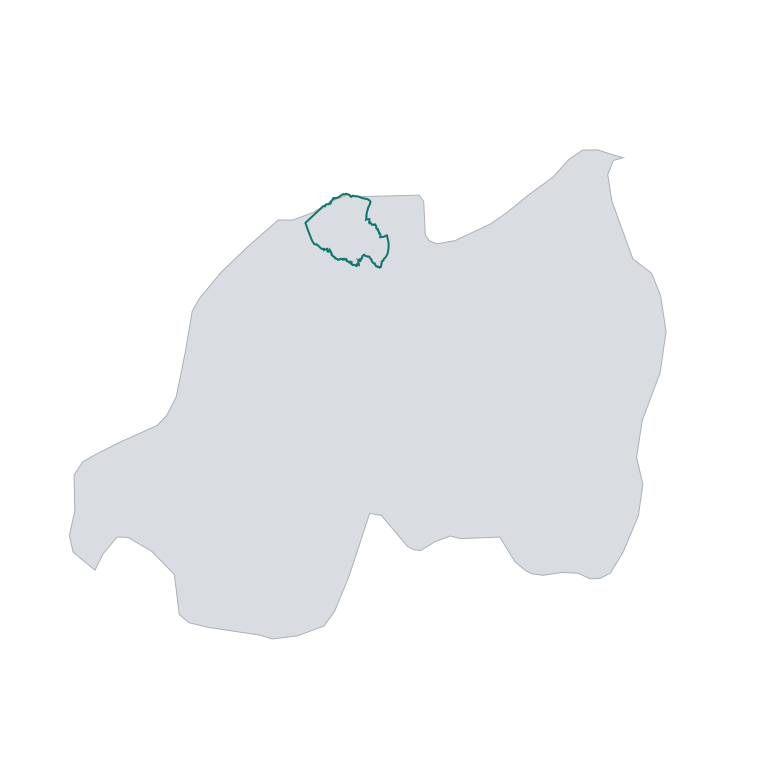 Musanze, Northern, Rwanda shown in context, rotated 14°
{"feature_id": "39286606B17052688720067", "entity_name": "Musanze", "entity_type": "district", "adm_level": 2, "iso_a3": "RWA", "parent_name": "Rwanda", "parent_adm1": "Northern", "projection": "natural_earth1", "projection_center": [29.637, -1.492], "detail": "fine", "context": "in_parent", "style": "outline", "palette": "teal", "viewbox_px": 768, "rotation_deg": 14, "n_neighbors": 0, "source": "geoboundaries", "source_scale": "gbopen_adm2", "svg_char_len": 6779}
<svg xmlns="http://www.w3.org/2000/svg" viewBox="0 0 768 768"><g transform="rotate(14 384 384)"><path d="M303.9,209.0L312.9,208.7L372.5,192.2L378.4,197.4L388.0,229.4L393.1,234.0L401.4,235.2L418.1,227.8L448.7,202.8L462.1,187.6L477.9,166.3L498.0,142.2L509.2,121.2L520.2,108.9L534.5,105.2L550.4,106.2L561.5,106.6L552.4,111.6L550.5,127.0L561.0,151.6L595.2,202.4L616.9,211.8L631.1,231.6L645.0,264.9L649.2,306.6L643.4,356.8L646.8,394.1L659.4,418.6L662.7,450.3L656.7,489.3L649.4,512.6L640.9,520.3L631.2,523.2L618.0,520.6L601.9,523.9L584.5,531.2L573.5,532.3L566.7,530.9L553.8,524.6L533.4,504.5L495.5,515.6L485.2,515.4L471.3,524.9L460.0,536.7L453.1,537.6L446.0,535.9L413.3,512.2L401.4,513.0L396.5,579.7L391.0,616.8L384.3,633.3L360.9,649.3L337.3,658.4L324.4,657.7L272.6,662.7L252.4,662.8L241.2,657.3L226.6,619.5L199.2,602.6L172.8,594.8L162.1,597.0L152.5,616.8L148.6,634.6L123.1,622.4L115.4,607.4L114.7,582.0L105.3,547.2L110.5,532.4L120.5,522.8L141.7,504.4L174.0,479.0L180.9,466.8L185.5,446.6L183.4,399.6L180.3,359.8L184.2,345.7L198.9,315.0L218.6,283.6L241.7,250.4L255.6,247.1L273.8,234.6L293.1,216.0L303.9,209.0Z" fill="#d9dde1" stroke="#a8b0b8" stroke-width="1"/><path d="M320.9,274.3L321.0,274.0L321.3,273.9L321.7,273.6L321.8,273.4L322.1,273.3L322.3,273.5L322.4,273.8L322.5,273.8L322.6,274.1L322.5,274.3L322.8,274.2L322.7,274.4L322.8,274.5L322.9,274.3L323.1,274.5L323.2,275.3L323.4,275.6L323.8,275.5L324.1,275.8L324.3,275.8L325.0,276.2L325.7,275.8L325.9,275.6L326.5,275.7L326.9,275.6L327.0,275.6L327.9,275.7L328.2,275.6L328.5,275.7L328.7,276.3L328.8,276.3L329.1,275.9L329.3,275.0L329.1,274.8L328.8,274.7L328.8,274.3L329.2,274.3L329.4,274.5L329.5,274.3L330.0,274.6L330.3,274.3L330.8,274.5L330.6,273.5L330.2,273.2L329.9,273.2L329.9,272.7L329.6,271.8L329.4,271.7L329.6,270.9L329.6,270.7L329.5,270.4L329.2,270.1L329.8,270.2L330.3,270.4L331.0,270.5L331.4,270.4L331.5,270.2L331.2,269.8L331.2,269.4L330.7,268.8L330.6,268.6L331.5,268.3L332.0,267.9L332.1,267.4L332.0,267.0L332.2,266.8L332.1,266.6L332.1,266.2L332.0,265.4L332.2,264.8L332.3,264.6L332.7,264.3L333.3,263.7L333.5,263.3L333.9,263.5L334.3,263.9L334.7,264.2L335.0,264.2L335.7,264.1L336.0,264.2L336.6,264.3L337.1,264.4L337.4,264.2L338.5,263.9L339.0,264.0L339.3,264.4L339.6,265.0L340.7,265.7L341.5,266.0L341.7,266.5L342.0,267.2L342.4,267.4L342.6,267.5L343.3,268.6L344.6,269.4L345.6,269.2L345.8,269.6L346.1,269.7L346.2,269.8L346.3,269.8L346.8,270.8L347.3,270.9L347.4,271.2L347.5,271.4L348.1,271.8L348.5,271.7L349.0,271.8L349.3,271.6L349.5,271.8L349.6,271.6L349.9,271.7L350.0,271.6L350.3,271.6L350.4,271.8L350.5,271.8L350.6,271.6L351.1,271.5L351.3,271.6L351.6,272.0L351.8,271.8L352.1,271.8L352.2,271.6L352.6,271.4L352.6,271.1L352.5,270.5L352.6,269.7L352.6,268.9L352.5,268.6L352.6,268.2L352.5,267.9L352.5,267.6L352.3,267.4L352.4,266.4L352.2,265.8L352.3,265.5L352.6,265.0L353.5,264.5L353.5,264.2L353.4,263.7L353.4,263.3L353.8,262.4L354.1,261.8L354.6,261.2L354.9,260.6L355.3,259.4L355.8,257.3L355.9,255.9L355.7,252.6L355.4,250.3L354.5,246.6L353.6,244.5L352.3,241.9L351.9,241.2L351.7,240.7L351.4,240.1L350.9,239.1L349.6,240.0L349.1,240.4L349.1,240.5L348.7,240.7L347.9,241.4L346.9,241.7L344.8,242.5L344.5,240.2L344.2,239.8L343.8,239.3L343.7,239.3L343.6,239.1L343.1,239.4L342.8,239.2L342.4,237.9L342.1,237.6L341.8,237.3L341.7,236.8L341.2,236.7L340.9,236.2L341.0,236.0L340.9,235.8L340.8,235.6L340.6,235.6L340.6,235.4L340.4,235.4L340.4,235.2L340.1,235.2L340.0,235.3L339.9,235.4L339.4,234.9L339.2,235.0L339.1,234.7L338.7,234.5L338.6,234.0L338.5,233.9L338.4,232.9L338.3,232.7L338.1,232.7L337.8,232.5L337.5,232.1L337.3,231.8L336.8,231.3L336.7,231.4L336.3,231.9L335.8,231.8L335.8,231.7L335.7,231.7L335.5,231.8L335.2,231.9L335.1,232.1L334.2,232.3L333.9,232.5L333.5,232.0L333.1,231.8L332.7,231.4L332.2,230.9L332.1,231.0L331.7,230.8L331.5,231.1L331.3,230.8L330.8,231.3L330.6,231.1L330.4,230.7L330.4,230.4L330.3,229.6L330.0,227.6L329.5,227.6L329.0,227.8L328.4,228.1L328.0,228.1L327.9,228.3L327.6,228.5L326.9,228.9L326.9,228.6L326.8,228.0L326.7,227.8L326.6,227.1L326.6,226.7L326.6,226.4L326.3,226.0L326.5,225.7L326.4,225.3L326.2,225.1L326.1,224.5L326.2,224.2L326.0,223.7L325.9,221.3L325.8,220.9L325.9,220.1L325.9,219.6L326.0,219.5L326.0,218.3L325.9,218.1L325.8,217.7L326.0,216.8L326.1,216.7L326.2,216.4L326.2,215.8L326.3,214.8L326.4,214.3L326.7,213.8L326.7,213.6L326.8,213.2L326.9,212.0L326.7,211.7L326.6,211.2L326.6,210.8L326.8,210.6L326.7,210.3L326.5,210.0L326.1,209.7L325.5,209.3L324.7,209.2L323.4,208.6L322.7,208.6L321.9,208.8L320.9,208.7L318.5,208.9L317.8,208.9L315.3,208.5L314.6,208.5L313.8,208.3L313.0,208.3L311.8,208.4L311.0,208.8L309.8,208.9L309.3,208.8L308.8,208.9L308.3,208.7L308.1,208.8L307.7,209.3L307.3,210.1L306.7,210.4L305.6,209.8L305.3,209.4L304.9,209.0L304.6,208.9L304.1,208.9L303.1,208.6L302.4,208.7L301.4,208.6L301.0,208.6L300.6,208.9L300.1,209.5L299.8,209.7L298.9,209.8L298.6,209.6L298.0,210.1L297.5,210.6L297.3,211.0L297.0,211.2L296.2,211.9L295.9,212.6L295.6,212.9L295.0,213.5L294.2,214.0L293.4,214.7L292.0,215.5L291.4,215.4L291.0,215.6L290.8,216.1L290.7,216.3L290.0,215.8L289.8,215.8L289.7,216.2L289.7,216.4L289.5,217.3L289.2,218.0L288.9,218.9L288.5,219.3L288.2,220.3L287.7,220.8L288.6,221.3L288.3,222.0L287.9,222.4L287.0,222.9L284.3,223.7L284.2,223.8L283.9,224.3L283.8,225.3L283.9,225.7L283.6,225.7L282.8,226.0L282.5,226.0L282.0,226.2L281.6,226.5L281.4,226.8L281.4,227.5L281.0,227.6L280.9,227.7L280.5,228.8L279.7,229.8L278.5,231.5L268.8,246.7L272.8,252.9L278.2,260.5L279.8,262.6L280.6,263.5L281.7,264.4L281.9,264.7L282.4,265.1L283.0,265.2L283.8,265.1L284.6,265.2L284.8,264.7L288.0,266.3L288.3,266.7L288.6,266.8L289.4,267.3L290.0,267.5L290.4,267.8L290.8,267.9L291.8,267.8L292.3,267.5L292.5,267.7L292.5,267.9L292.5,268.0L293.2,268.6L293.4,268.1L293.7,267.5L293.8,267.5L294.3,267.8L295.2,267.6L296.0,266.5L296.3,266.6L296.5,266.8L296.6,267.3L296.7,268.1L296.9,268.3L297.1,268.9L297.3,269.2L297.8,269.1L298.3,269.0L298.1,268.0L298.1,267.9L298.2,268.1L298.4,267.7L298.8,267.3L299.0,267.3L299.0,267.1L301.4,269.6L301.3,269.9L301.3,270.0L301.5,270.4L301.7,270.5L301.8,270.6L301.8,270.9L302.0,271.5L302.9,271.7L303.1,272.1L303.2,272.3L303.5,272.2L303.7,272.4L304.6,272.5L304.9,272.6L305.1,273.0L306.0,273.2L306.0,273.4L306.2,273.6L306.3,274.0L307.2,274.0L307.6,273.9L308.0,274.1L308.4,274.2L308.6,274.1L309.1,274.6L309.9,274.2L310.2,274.2L310.5,274.2L310.6,273.8L311.0,273.5L311.1,273.3L311.9,273.0L312.2,273.0L312.4,272.8L312.6,272.7L313.1,273.0L313.5,273.1L313.7,273.3L313.8,273.2L314.1,272.9L314.1,273.0L314.6,272.9L314.8,273.0L315.3,273.0L315.5,272.9L315.7,272.6L316.0,272.5L316.0,272.4L316.3,272.3L316.3,272.2L316.7,272.0L316.9,272.0L317.0,271.9L317.3,272.0L317.5,272.3L317.8,273.1L317.8,273.4L318.1,273.6L318.3,273.9L319.2,273.7L319.9,274.0L320.1,273.9L320.2,274.0L320.9,274.3Z" fill="none" stroke="#0f766e" stroke-width="2"/></g></svg>